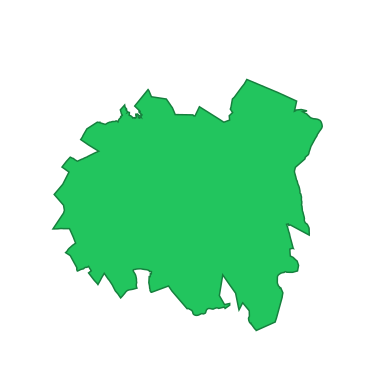 Tuxtla Gutiérrez, Chiapas, Mexico (Albers equal-area conic projection), rotated 24°
{"feature_id": "50627088B93662357554610", "entity_name": "Tuxtla Gutiérrez", "entity_type": "district", "adm_level": 2, "iso_a3": "MEX", "parent_name": "Mexico", "parent_adm1": "Chiapas", "projection": "albers", "projection_center": [-93.125, 16.745], "detail": "fine", "context": "isolated", "style": "filled", "palette": "green", "viewbox_px": 384, "rotation_deg": 24, "n_neighbors": 0, "source": "geoboundaries", "source_scale": "gbopen_adm2", "svg_char_len": 5921}
<svg xmlns="http://www.w3.org/2000/svg" viewBox="0 0 384 384"><g transform="rotate(24 192 192)"><path d="M264.1,71.1L258.3,72.2L253.7,74.8L253.7,75.5L252.7,76.6L250.6,66.4L230.4,66.2L196.3,66.9L195.8,72.1L194.8,75.9L192.1,88.2L191.1,90.6L193.1,98.6L193.3,100.7L196.8,102.9L195.0,107.2L197.1,111.0L192.7,115.3L187.7,114.5L164.1,111.1L163.8,121.3L162.7,121.7L161.5,121.2L158.1,122.6L145.2,128.1L139.8,123.0L137.2,121.5L136.8,121.2L130.7,117.5L116.2,121.5L111.3,116.9L110.2,116.3L104.9,136.0L104.7,136.8L111.3,139.2L111.0,139.5L111.8,139.9L111.7,140.0L111.3,139.9L111.1,140.3L111.8,140.6L111.7,140.8L114.9,141.8L115.0,142.1L114.6,143.4L114.4,143.3L114.7,143.9L115.2,144.4L114.4,144.2L114.2,145.8L112.9,145.9L112.8,143.6L112.1,143.6L110.6,142.9L109.0,143.8L109.6,144.9L109.8,144.8L109.7,144.6L110.1,144.6L110.1,145.3L110.7,145.2L110.6,146.4L110.5,147.0L110.4,147.3L110.2,147.3L109.8,147.8L109.4,147.4L109.2,147.5L108.9,147.6L108.6,147.8L108.0,148.4L107.9,148.5L107.4,148.0L105.0,147.3L103.5,147.5L103.4,147.3L103.2,147.1L103.2,146.8L102.9,145.9L102.5,144.9L102.2,145.1L101.6,144.9L101.1,145.1L100.7,145.6L100.8,145.0L100.2,144.7L98.3,143.8L98.6,142.9L96.3,141.7L95.1,139.9L93.1,146.1L93.9,147.0L95.6,149.1L95.8,149.3L96.3,149.7L97.3,150.0L97.5,149.9L97.2,150.3L96.6,151.2L96.2,152.1L96.3,152.2L96.7,152.6L95.8,155.1L95.7,156.3L95.8,157.0L95.9,158.1L94.8,157.8L93.7,157.9L93.1,158.8L90.6,160.0L89.1,161.4L88.6,161.5L86.9,163.2L85.3,165.5L79.5,166.2L79.4,165.8L77.7,166.7L77.1,166.7L70.3,177.1L69.5,184.6L69.5,186.6L69.0,189.4L78.3,191.1L90.2,192.7L89.7,193.3L88.3,194.8L86.7,196.6L85.5,198.1L84.8,198.9L83.9,200.0L82.2,202.1L82.1,202.4L79.8,204.8L78.7,206.3L78.3,206.5L78.2,206.6L76.7,208.3L74.8,210.5L72.1,210.2L69.9,209.6L69.7,209.7L69.1,209.8L67.6,209.7L66.6,209.7L64.8,215.1L63.6,220.0L63.1,222.1L71.5,223.8L70.8,237.5L67.1,250.3L80.0,256.3L82.9,260.7L83.2,263.6L80.0,282.3L80.9,281.9L82.1,281.3L84.4,280.2L86.8,278.8L87.9,278.3L89.1,277.9L95.0,275.3L101.7,281.3L106.5,286.1L104.6,289.2L103.2,292.3L102.8,293.1L102.4,294.2L102.1,295.4L102.0,296.6L101.6,297.7L101.2,298.8L106.6,299.6L117.6,308.0L118.0,309.1L118.4,309.9L118.9,310.4L119.4,310.8L119.9,310.4L120.7,309.5L121.9,308.0L123.4,306.8L124.2,306.2L124.6,305.0L125.4,304.1L126.4,303.7L126.9,303.2L127.3,302.7L127.7,302.0L132.0,305.0L130.4,308.0L138.5,312.4L142.7,314.2L143.7,314.8L143.8,313.7L144.2,309.7L144.2,309.0L144.2,308.5L144.3,307.8L144.3,307.1L144.4,306.4L144.5,305.7L144.9,302.0L150.8,305.6L152.9,306.6L153.4,307.0L156.8,309.2L157.7,309.9L162.1,313.5L165.9,315.3L169.9,317.8L170.8,315.3L171.2,313.8L171.7,312.2L172.2,310.0L172.7,308.9L173.1,308.2L174.2,307.1L177.4,305.0L180.8,302.2L179.6,300.9L178.7,299.2L178.3,297.2L177.4,295.8L176.6,294.0L175.4,292.3L174.3,290.9L173.1,289.9L171.1,288.6L170.2,287.8L170.1,286.8L171.3,286.0L172.7,284.9L174.7,283.8L176.4,283.0L178.2,282.6L180.1,282.1L182.3,281.4L183.7,281.2L185.2,281.3L185.5,281.9L186.4,281.5L187.3,281.2L188.1,283.3L187.2,283.6L188.2,286.3L187.3,286.7L189.2,291.7L189.2,291.8L189.5,292.5L191.3,295.0L192.5,297.2L193.3,298.0L193.9,299.3L194.6,299.5L194.9,299.9L195.4,300.2L195.9,300.0L208.8,287.4L213.9,290.6L235.0,300.6L236.1,299.9L237.1,300.0L238.6,300.1L239.4,300.3L239.9,300.2L240.7,300.8L241.3,301.2L242.2,302.4L243.1,303.1L244.2,303.3L245.4,303.2L246.5,302.8L247.5,302.2L248.6,301.1L249.9,299.5L250.7,299.0L251.9,298.8L252.6,298.2L253.3,297.4L253.5,296.7L253.3,295.3L253.2,293.9L253.7,292.5L254.5,291.7L255.9,291.1L258.1,290.7L259.2,290.2L260.1,289.1L261.0,288.3L261.6,287.8L262.4,287.5L263.7,287.5L268.2,284.1L269.1,284.5L269.6,284.9L272.5,280.1L271.8,278.5L267.5,281.6L259.1,275.5L253.8,255.2L263.9,261.3L269.3,264.5L273.0,266.7L281.2,278.3L282.9,280.6L283.1,277.5L283.3,273.1L283.4,272.6L290.6,276.2L292.6,277.2L295.0,282.2L294.9,283.9L295.1,284.6L295.3,285.0L295.7,285.5L296.1,286.2L297.3,287.4L298.2,288.0L299.2,287.9L299.1,288.3L300.3,288.9L301.1,289.2L301.8,289.6L302.5,290.1L303.2,290.4L303.5,290.6L304.4,291.2L304.7,291.3L305.5,291.7L306.0,291.8L306.5,292.0L306.8,292.2L307.0,292.4L320.9,276.9L320.7,275.9L320.5,273.3L317.2,251.6L316.7,249.9L316.2,247.9L316.1,247.3L315.9,247.0L312.1,243.5L311.5,243.8L311.5,243.5L310.3,243.1L309.2,242.6L307.8,241.3L307.3,240.8L306.7,239.9L305.2,236.4L304.7,235.2L304.4,234.2L304.6,232.7L305.4,231.2L305.9,230.5L306.2,230.0L307.6,228.8L308.8,228.1L309.4,227.0L310.0,226.7L310.9,226.8L312.1,226.4L316.5,224.5L320.5,221.2L319.2,215.7L316.1,212.3L314.9,212.0L313.4,211.5L312.7,211.4L312.7,211.2L310.9,210.6L308.3,210.5L308.0,210.6L307.4,209.7L307.1,209.2L306.6,208.3L304.6,204.4L305.9,203.2L306.9,202.6L307.1,202.5L307.6,202.4L307.2,202.1L301.8,195.4L301.5,195.1L300.4,193.7L299.3,192.3L297.8,190.2L296.5,188.9L295.4,187.5L293.2,184.8L291.5,183.1L292.9,182.0L294.0,183.1L294.7,182.5L295.2,182.1L316.6,183.7L316.1,182.4L314.8,179.8L314.1,178.2L313.4,177.1L312.5,176.3L310.8,174.9L309.8,174.4L308.9,174.3L308.1,174.1L307.3,173.5L306.5,172.7L305.9,171.9L305.6,170.7L304.6,169.2L302.6,166.7L301.7,165.5L300.5,164.3L299.8,163.0L299.0,161.6L298.5,160.7L298.2,160.1L297.6,159.7L297.2,159.1L297.1,158.2L296.7,157.4L296.4,156.4L295.8,155.6L295.4,155.2L295.2,154.6L294.8,154.1L294.4,152.8L293.9,151.8L293.4,151.2L292.7,150.4L292.4,149.7L291.6,149.3L290.9,148.8L290.3,147.3L289.4,146.0L288.5,144.7L287.5,143.5L286.9,142.9L286.3,142.4L285.6,141.7L285.0,141.1L284.5,140.4L284.1,139.8L283.4,139.0L282.4,138.3L280.7,136.0L277.8,132.5L277.1,131.3L277.0,130.8L276.4,127.4L281.7,115.9L281.6,115.2L281.3,114.4L282.0,112.7L283.0,110.7L283.1,109.5L282.7,107.7L282.5,105.5L282.4,104.3L282.1,102.1L282.8,93.2L283.3,89.8L283.1,88.6L283.5,86.5L283.7,84.9L284.2,82.8L284.5,81.0L284.4,79.6L284.2,78.9L283.8,78.3L283.3,77.5L282.8,76.9L281.6,75.6L280.6,74.9L279.9,74.6L278.1,74.4L276.5,74.6L274.7,75.1L273.3,75.6L272.0,75.8L270.8,75.9L269.7,75.8L268.1,75.2L266.0,74.5L265.0,74.0L262.6,74.0L261.4,73.7L260.5,73.7L264.1,71.1Z" fill="#22c55e" stroke="#15803d" stroke-width="1.5"/></g></svg>